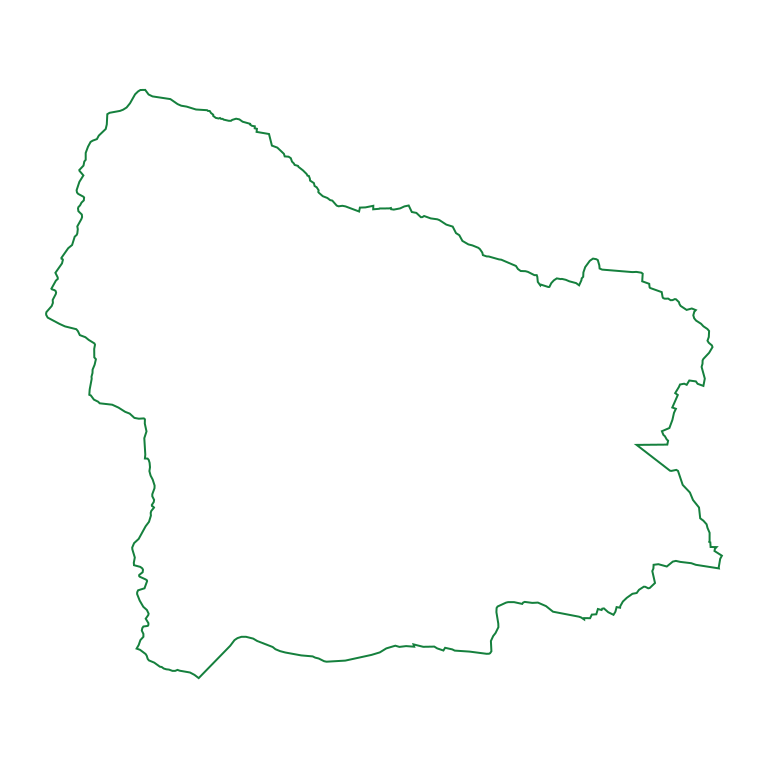 outline of Huai Krachao, Kanchanaburi, Thailand
{"feature_id": "78962969B62176303506546", "entity_name": "Huai Krachao", "entity_type": "district", "adm_level": 2, "iso_a3": "THA", "parent_name": "Thailand", "parent_adm1": "Kanchanaburi", "projection": "orthographic", "projection_center": [99.704, 14.351], "detail": "fine", "context": "isolated", "style": "outline", "palette": "green", "viewbox_px": 768, "rotation_deg": 0, "n_neighbors": 0, "source": "geoboundaries", "source_scale": "gbopen_adm2", "svg_char_len": 6041}
<svg xmlns="http://www.w3.org/2000/svg" viewBox="0 0 768 768"><path d="M136.6,648.6L140.0,649.8L145.6,654.0L146.7,655.7L147.7,658.9L148.9,660.4L154.2,662.6L159.9,666.7L161.7,667.0L163.7,668.5L166.3,669.3L169.0,669.6L172.5,670.9L175.1,670.9L177.5,669.9L179.7,670.7L190.0,672.5L194.5,674.9L198.7,678.1L230.2,645.8L234.5,640.1L237.5,638.1L241.5,636.8L246.0,636.8L253.2,638.6L257.2,641.0L272.7,647.0L275.4,649.2L280.0,651.1L285.3,652.5L301.2,655.4L312.7,656.4L315.1,657.6L318.7,658.5L324.1,661.2L326.5,661.7L345.3,660.6L371.5,654.9L379.8,652.4L386.3,648.4L395.3,645.7L399.4,646.9L406.1,646.1L414.2,646.7L413.5,644.4L423.2,646.8L434.3,646.6L437.2,648.4L443.4,650.5L445.1,647.8L452.3,649.4L454.7,650.6L469.6,651.6L486.6,653.8L489.1,653.7L490.1,653.2L491.4,651.3L490.9,641.0L493.2,636.0L495.5,633.1L498.4,627.2L498.3,623.7L496.4,612.1L496.6,608.0L497.6,606.5L506.1,602.6L508.3,602.1L513.9,602.1L522.2,603.9L523.1,602.6L524.7,601.9L532.3,602.9L537.9,602.6L546.0,606.1L553.0,611.7L579.0,616.7L581.2,617.5L584.2,619.5L584.2,618.1L590.1,618.2L591.8,614.6L596.3,614.3L597.9,609.0L601.6,610.0L602.2,608.7L603.9,608.4L608.2,612.2L613.5,614.8L615.4,611.7L616.6,607.1L620.1,607.7L620.3,606.1L622.9,601.5L626.8,597.8L632.4,593.8L636.7,593.0L639.0,589.8L643.8,586.7L645.3,586.8L648.2,588.3L649.7,588.0L655.0,583.0L652.3,571.1L653.4,568.5L653.6,564.8L658.4,564.2L666.8,566.5L672.8,561.6L675.9,560.9L680.3,561.9L691.3,563.2L695.8,564.8L718.9,568.4L718.7,567.5L720.2,558.8L721.9,555.7L714.5,551.0L714.9,548.8L716.5,547.1L710.6,547.0L710.3,542.3L709.2,541.8L709.6,540.8L709.6,532.8L707.5,527.9L706.6,524.3L703.5,520.8L700.2,518.3L699.0,507.5L693.0,500.0L689.9,492.5L682.7,484.9L678.0,470.9L676.3,469.9L671.4,470.9L670.0,470.7L636.6,444.9L667.3,444.6L668.1,440.7L666.7,439.4L664.9,436.2L663.4,434.9L661.9,431.2L669.4,428.0L672.4,419.9L674.0,412.8L675.9,408.8L672.3,407.5L677.8,395.0L675.2,393.1L678.9,387.0L680.0,384.5L684.2,383.7L686.7,384.8L689.3,380.5L695.9,381.4L697.6,383.8L703.4,385.9L704.8,378.6L701.6,366.9L702.5,363.8L702.6,360.4L703.4,358.9L709.1,352.8L712.5,347.1L711.9,345.4L708.7,342.7L707.5,340.7L708.8,337.0L709.1,331.0L707.4,329.0L703.4,326.3L701.1,323.8L696.1,320.6L694.2,318.3L693.3,315.3L694.3,311.7L695.8,310.1L691.8,308.5L686.6,309.9L680.6,305.9L679.4,303.9L679.0,302.2L676.0,299.3L674.8,299.1L672.6,300.1L670.6,300.2L668.2,298.6L664.8,298.7L663.2,298.1L662.6,297.1L661.7,292.1L650.2,288.0L649.6,287.3L649.2,283.8L642.2,281.3L642.7,273.7L641.4,272.7L636.4,271.9L632.4,272.1L602.1,269.6L599.6,268.5L599.3,265.3L597.8,260.1L596.3,259.2L593.0,258.6L589.8,260.8L585.2,267.1L583.4,272.4L583.2,276.8L581.7,278.4L581.4,280.3L579.1,285.3L576.1,283.1L569.3,281.3L565.8,279.8L561.9,278.9L560.8,279.1L556.8,278.4L553.9,280.3L551.3,283.1L549.4,286.9L548.3,287.0L540.9,284.6L540.4,285.5L537.8,281.9L537.3,276.8L536.7,275.1L534.3,275.1L528.0,271.9L525.5,271.2L520.7,271.0L517.9,269.0L516.0,266.0L501.3,259.7L499.0,259.4L488.8,256.5L486.6,256.4L482.9,255.1L482.3,252.6L479.9,249.1L478.3,247.8L472.4,245.4L468.4,244.4L462.4,240.9L459.3,235.2L456.0,233.1L452.7,226.6L446.3,224.6L439.4,220.1L437.3,219.3L430.7,218.4L424.1,216.0L422.4,217.1L420.9,217.2L416.4,212.9L411.8,212.0L408.7,205.5L404.4,206.4L400.1,208.4L393.8,209.6L391.1,209.2L390.9,208.0L389.3,208.4L379.5,208.5L379.2,208.8L373.2,209.3L373.3,205.8L365.4,207.4L359.9,207.6L359.1,211.5L345.5,206.4L342.4,205.8L338.6,206.3L336.7,205.6L332.3,200.6L330.1,200.1L327.4,198.0L322.8,196.2L318.8,192.7L318.3,192.0L318.6,190.3L316.7,187.3L314.6,186.0L313.9,183.1L310.1,180.6L309.8,178.4L308.8,175.9L307.5,175.7L306.7,174.1L303.0,170.4L298.5,166.9L298.0,165.9L294.6,164.9L293.9,163.5L292.0,161.6L290.8,158.2L288.6,156.7L284.7,156.4L283.9,153.8L277.3,147.6L271.9,145.6L269.0,134.0L256.6,131.9L256.9,128.8L254.7,128.3L254.8,126.3L251.9,125.8L250.0,124.5L250.1,123.8L242.6,121.7L239.4,119.4L236.1,118.7L232.2,119.9L231.0,120.8L228.8,120.8L223.6,119.6L222.7,118.9L221.1,118.9L220.0,118.0L218.7,118.5L215.8,117.9L213.2,115.9L213.2,114.7L211.0,113.0L209.7,111.0L207.9,110.9L207.1,110.2L196.0,109.5L186.6,106.6L181.2,105.7L177.6,104.1L170.4,99.1L152.5,96.4L148.6,94.5L145.2,89.9L140.4,90.0L138.1,91.4L135.1,94.3L130.0,103.3L126.6,107.5L123.1,109.7L120.0,110.9L109.6,112.8L107.3,114.2L106.8,124.4L105.7,129.0L98.8,135.6L96.9,139.1L92.8,140.6L90.6,141.9L88.0,146.7L85.7,152.9L85.7,159.8L84.3,161.5L83.5,165.6L79.3,170.0L79.5,170.9L83.4,175.4L79.4,181.8L76.6,190.2L77.0,192.5L78.2,193.9L83.4,196.7L84.1,197.5L83.8,200.4L81.5,202.6L80.1,205.3L78.4,207.1L78.0,208.5L78.4,211.2L81.8,214.5L82.1,217.0L81.4,219.0L77.3,226.4L77.8,229.2L77.3,233.4L76.7,234.9L74.7,236.7L72.1,245.0L68.2,248.2L61.4,257.9L61.5,258.7L62.5,259.1L62.9,259.8L62.0,263.4L55.4,272.8L57.7,277.4L57.8,278.9L55.9,280.6L51.4,288.7L51.9,289.3L54.6,290.2L55.6,291.0L56.1,292.5L55.8,294.0L52.7,299.9L52.9,302.9L51.7,306.0L46.4,312.1L46.1,313.6L46.2,314.9L47.7,317.6L59.5,323.9L65.0,326.4L76.3,329.2L77.9,331.1L79.8,335.1L85.4,337.2L88.7,339.9L94.4,343.4L95.0,344.7L94.2,348.9L94.3,357.4L95.9,359.2L94.6,364.8L92.6,369.6L92.5,373.0L91.5,376.7L91.7,378.8L89.7,389.4L89.3,394.8L90.8,395.4L93.9,399.6L98.1,401.7L99.7,403.3L112.2,404.7L118.5,407.6L125.1,411.8L129.7,413.6L134.4,417.9L138.8,418.7L143.9,418.4L144.9,419.3L144.8,423.6L146.5,431.4L144.3,438.2L145.3,454.7L144.9,458.5L147.6,458.6L148.7,459.9L149.6,462.8L150.0,467.2L149.4,471.1L150.6,475.6L152.7,479.6L154.6,485.6L154.5,488.2L152.3,494.2L152.3,496.3L154.1,499.9L153.7,502.1L151.8,505.0L152.0,506.0L153.4,506.8L154.0,507.6L151.3,510.9L150.7,512.9L150.9,515.6L149.0,521.8L145.6,526.3L138.7,538.9L134.1,543.1L132.2,547.6L132.4,549.5L134.8,557.5L133.8,562.8L134.0,565.2L140.3,566.9L142.3,568.4L143.0,569.8L142.6,572.3L139.3,574.8L139.1,575.9L139.7,576.7L145.6,579.4L146.9,580.3L147.1,581.1L144.5,588.3L138.1,590.3L137.2,592.2L137.1,594.0L139.7,600.6L143.3,606.8L146.9,610.0L148.6,613.6L148.3,615.0L145.7,618.7L148.4,623.1L148.4,624.7L148.1,625.6L147.2,626.0L143.4,626.5L142.3,628.1L141.8,630.6L143.4,633.9L143.4,636.8L140.4,640.1L138.7,645.0L136.6,648.6Z" fill="none" stroke="#15803d" stroke-width="2"/></svg>